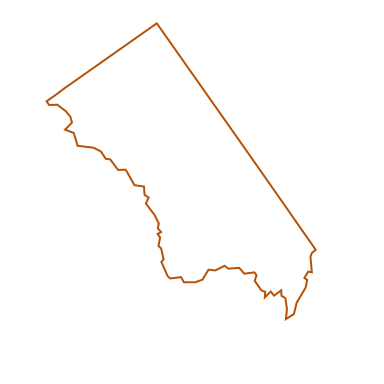 Rich, Utah, United States of America, rotated 325°
{"feature_id": "52423323B55148108607943", "entity_name": "Rich", "entity_type": "district", "adm_level": 2, "iso_a3": "USA", "parent_name": "United States of America", "parent_adm1": "Utah", "projection": "natural_earth1", "projection_center": [-111.327, 41.572], "detail": "fine", "context": "isolated", "style": "outline", "palette": "amber", "viewbox_px": 384, "rotation_deg": 325, "n_neighbors": 0, "source": "geoboundaries", "source_scale": "gbopen_adm2", "svg_char_len": 1098}
<svg xmlns="http://www.w3.org/2000/svg" viewBox="0 0 384 384"><g transform="rotate(325 192 192)"><path d="M260.3,189.1L260.1,115.4L259.9,33.6L151.8,33.9L150.3,33.9L149.0,33.8L135.5,34.3L125.0,34.3L124.9,34.3L124.9,38.8L131.7,43.2L135.0,53.5L135.5,60.6L133.5,66.3L123.7,68.1L129.0,75.8L124.8,88.5L136.7,99.2L140.6,106.5L140.4,115.4L143.7,118.3L144.1,131.5L150.5,135.7L148.8,153.4L155.8,160.0L151.5,167.2L153.3,171.6L147.6,175.0L148.2,189.6L146.7,198.8L143.1,202.2L143.8,207.0L139.7,206.7L139.8,210.9L133.5,217.1L134.4,220.5L130.0,231.0L126.8,231.7L123.8,247.0L124.7,250.4L134.2,255.5L133.6,261.3L142.9,267.8L150.3,269.8L161.0,265.1L166.1,269.6L176.4,271.2L177.8,275.6L187.2,281.3L188.0,288.9L197.0,293.6L197.1,297.2L192.4,300.8L192.4,312.4L194.7,315.8L191.2,320.1L199.4,318.7L199.8,324.0L208.7,323.7L205.8,328.3L207.6,332.6L202.6,342.4L196.0,350.0L205.5,350.4L214.3,342.7L230.2,335.5L235.9,330.2L234.8,326.8L241.5,323.9L244.1,326.5L251.7,313.3L255.1,310.7L260.2,310.3L260.2,310.2L260.2,297.7L260.2,270.0L260.3,263.7L260.3,194.4L260.3,189.1Z" fill="none" stroke="#b45309" stroke-width="2"/></g></svg>